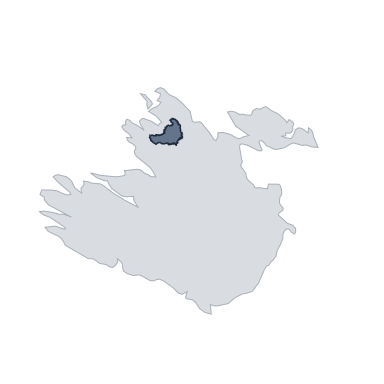 Castlebar Lea-7, Mayo, Ireland shown in context, rotated 43°
{"feature_id": "5873133B79217415432935", "entity_name": "Castlebar Lea-7", "entity_type": "district", "adm_level": 2, "iso_a3": "IRL", "parent_name": "Ireland", "parent_adm1": "Mayo", "projection": "robinson", "projection_center": [-9.299, 53.81], "detail": "fine", "context": "in_parent", "style": "filled", "palette": "slate", "viewbox_px": 384, "rotation_deg": 43, "n_neighbors": 0, "source": "geoboundaries", "source_scale": "gbopen_adm2", "svg_char_len": 8067}
<svg xmlns="http://www.w3.org/2000/svg" viewBox="0 0 384 384"><g transform="rotate(43 192 192)"><path d="M241.1,82.6L233.1,86.7L231.9,88.3L229.8,94.7L229.5,96.5L224.6,103.6L221.8,105.1L217.6,106.3L215.2,107.4L212.2,106.8L208.3,106.9L206.5,108.2L206.6,109.2L207.7,110.3L214.8,113.6L214.4,114.9L212.4,116.5L199.8,120.3L196.0,122.6L194.7,124.2L196.1,126.7L206.3,134.4L208.0,135.3L209.5,139.7L218.5,141.6L222.2,144.4L225.3,145.1L232.2,144.8L234.9,145.9L236.5,145.1L237.4,143.6L245.0,138.2L242.5,134.1L250.2,127.1L252.3,127.2L256.0,129.3L259.0,132.3L260.0,136.2L262.9,139.8L264.7,141.0L269.6,141.7L270.8,143.1L270.0,148.3L270.8,150.0L283.3,149.8L288.3,147.6L292.6,148.0L294.8,150.3L295.8,152.7L292.1,153.6L288.2,153.1L286.3,154.6L286.2,157.6L287.6,161.5L290.3,164.2L292.5,170.4L294.4,177.2L297.1,181.4L297.8,186.5L297.4,189.0L298.0,193.6L296.9,195.2L297.9,199.4L302.7,213.1L303.8,223.8L301.6,227.9L298.7,231.7L296.8,236.2L295.3,241.1L294.6,248.9L288.2,258.1L285.4,260.4L282.2,261.8L289.4,268.3L283.6,271.2L277.3,272.1L270.3,270.4L265.9,270.6L260.4,274.0L259.1,273.4L256.4,268.1L254.6,273.6L250.5,275.3L243.6,274.9L232.1,276.4L227.6,277.9L225.8,280.4L224.5,283.2L222.7,284.8L220.6,285.7L211.7,287.8L210.0,288.6L205.9,293.2L200.4,295.8L195.9,296.6L191.9,293.9L190.3,292.3L188.4,291.5L182.3,291.7L184.2,292.5L185.5,294.3L186.1,297.9L185.4,301.4L182.4,303.2L178.8,303.5L173.1,307.2L165.6,308.1L161.5,311.5L136.5,317.2L135.1,317.2L131.6,315.8L127.9,315.1L124.2,315.6L113.7,318.8L108.6,318.1L115.1,310.3L123.8,306.3L124.7,305.2L121.9,304.7L105.4,307.4L99.6,309.8L93.9,310.5L96.6,306.9L104.0,302.0L110.4,298.7L113.1,295.9L120.9,292.6L95.8,299.3L89.2,298.5L87.7,296.6L82.6,297.5L80.7,293.0L88.3,286.1L92.7,283.1L98.0,281.5L103.0,279.2L104.9,276.4L102.6,275.5L87.4,276.2L80.2,275.6L80.6,273.3L81.9,270.9L89.5,266.6L93.5,266.0L97.1,266.4L103.5,268.9L112.0,268.1L108.5,265.4L107.9,259.9L105.2,258.0L108.7,255.5L112.6,253.9L119.3,248.7L121.6,247.9L134.7,246.6L148.8,243.8L162.8,240.0L155.6,237.9L152.2,235.1L146.7,240.8L142.7,242.9L131.5,244.1L127.9,243.5L122.9,241.7L121.4,242.4L119.9,243.7L112.5,246.5L104.7,247.2L113.8,242.1L125.3,233.4L127.9,230.6L131.5,225.9L130.4,223.7L128.0,222.5L136.4,212.7L139.3,210.9L144.6,210.6L148.5,209.1L150.2,209.1L151.8,208.5L155.2,205.6L149.9,203.7L144.5,202.7L127.6,203.8L125.4,203.5L123.3,202.6L121.9,201.3L120.9,198.0L119.7,197.2L115.9,197.2L112.1,198.3L109.5,198.2L107.0,196.7L111.1,193.3L105.8,192.5L100.4,193.2L96.0,192.1L95.9,190.0L97.9,187.9L95.2,185.8L94.7,183.3L97.5,182.0L100.6,182.4L106.9,180.5L114.9,179.6L108.0,177.7L105.3,176.1L105.2,173.7L105.7,171.6L113.7,168.1L122.2,166.5L121.6,164.2L122.2,161.6L113.6,160.9L105.1,162.7L106.0,157.9L108.1,153.5L108.5,150.6L108.1,147.6L104.1,148.9L103.7,144.5L102.0,141.6L96.1,143.6L96.3,139.7L98.0,137.0L101.1,135.8L104.1,136.3L109.8,136.2L115.2,134.2L123.0,133.6L135.5,134.3L144.1,140.1L146.4,139.1L149.8,135.4L151.4,135.0L164.3,136.6L172.4,138.7L174.5,138.0L173.4,134.0L170.6,131.1L174.0,127.4L178.3,124.9L181.1,123.7L187.6,122.1L190.4,120.7L192.3,115.9L195.2,111.9L178.9,114.0L163.4,109.3L165.8,106.0L169.1,104.1L174.7,102.7L175.3,100.9L178.1,99.5L182.8,95.7L181.1,90.8L182.0,87.2L185.4,84.9L186.4,81.6L187.9,79.2L194.8,78.3L201.4,76.1L211.6,75.8L214.2,76.7L213.6,72.7L218.4,72.2L220.3,73.0L221.1,75.8L223.3,77.6L224.0,80.7L222.6,83.1L220.2,85.0L222.4,86.9L219.0,90.4L222.7,88.9L228.0,85.5L227.7,82.8L226.8,79.3L225.2,76.2L225.9,72.7L228.8,70.6L236.7,69.5L233.4,65.6L236.3,65.2L239.4,66.1L244.0,69.1L253.8,73.4L249.1,77.2L243.3,79.8L241.1,82.6ZM103.4,159.5L103.2,161.3L99.4,159.0L97.6,156.4L87.3,155.2L91.6,152.7L93.7,153.4L101.0,153.6L103.0,154.6L103.4,159.5Z" fill="#d9dde1" stroke="#a8b0b8" stroke-width="1"/><path d="M127.0,154.3L127.3,154.1L127.7,154.1L128.4,154.8L128.8,154.9L128.9,155.1L129.1,155.2L129.0,155.4L129.4,155.1L129.8,155.0L130.0,154.8L130.4,154.9L130.8,154.8L131.0,154.7L131.3,155.1L131.6,155.1L131.8,155.5L131.7,155.9L131.7,156.0L131.6,156.3L131.6,156.5L131.9,156.8L131.7,156.9L131.6,157.1L131.2,157.3L131.3,157.7L131.2,157.7L130.5,158.9L129.4,159.1L129.2,159.3L129.2,159.5L129.0,159.9L128.9,160.0L129.0,160.5L128.8,160.6L128.9,160.8L128.7,161.2L128.6,161.5L128.9,161.6L129.0,161.7L129.1,161.8L129.1,162.0L129.1,162.3L129.0,162.5L129.1,163.0L128.9,163.1L129.2,163.2L129.2,163.3L129.4,163.4L129.5,163.6L129.2,163.6L129.2,163.8L129.3,164.1L129.5,164.1L129.4,164.3L129.6,164.5L129.4,164.8L129.4,165.1L129.6,165.4L129.5,165.5L130.1,165.6L130.4,165.9L130.2,166.1L130.1,166.4L130.3,166.5L130.6,166.6L130.6,166.9L130.4,167.0L130.6,167.1L130.7,167.4L130.9,167.7L131.3,167.5L131.7,167.4L131.8,167.5L131.4,167.9L131.2,168.0L131.3,168.1L131.2,168.2L131.4,168.4L131.4,168.5L131.4,169.2L131.2,169.3L131.0,169.5L130.9,169.8L130.7,169.9L130.6,170.2L130.8,170.2L130.9,170.3L131.0,170.5L130.7,171.0L130.4,171.1L130.1,171.5L130.2,171.9L129.8,172.2L129.7,172.5L129.4,172.6L129.5,172.8L129.3,172.9L129.4,173.0L129.2,173.4L128.8,173.5L128.3,173.3L128.2,173.5L127.2,174.2L127.2,174.4L126.8,174.4L126.7,174.6L127.2,175.0L126.7,175.4L126.8,175.6L127.0,175.8L126.2,176.3L125.6,176.8L125.6,177.0L125.3,177.1L124.8,177.1L124.1,177.5L123.6,178.2L123.5,178.6L122.8,179.1L123.2,179.2L123.3,179.4L123.3,179.6L123.2,179.8L123.4,180.1L123.4,180.3L123.6,180.5L123.7,180.8L123.8,180.9L123.8,181.1L124.1,181.1L124.3,181.1L125.0,181.2L125.1,181.4L125.5,181.3L125.6,181.5L125.8,181.6L126.3,181.8L126.3,182.0L126.6,182.0L126.8,182.2L127.1,182.1L127.1,182.4L129.3,182.2L129.7,182.3L130.0,182.3L130.5,182.2L130.8,182.0L133.2,181.6L133.2,180.1L134.3,178.1L134.7,177.6L137.1,177.2L137.4,176.9L137.6,176.8L137.9,176.6L137.9,176.3L138.1,176.2L138.7,175.9L140.5,173.1L140.7,172.9L140.8,172.8L141.0,172.7L141.6,172.6L141.7,172.8L141.9,173.2L142.0,173.2L142.0,173.3L142.3,173.4L142.5,173.3L142.4,173.2L142.5,173.0L142.4,172.9L142.4,172.6L142.7,172.6L142.8,172.5L142.8,172.4L143.0,172.2L143.2,171.6L143.4,171.4L143.6,171.3L143.8,171.5L143.9,171.8L144.3,171.3L144.5,170.9L144.5,170.7L144.5,170.3L144.5,170.2L144.9,170.2L145.0,170.1L145.1,169.8L144.8,169.5L144.8,169.4L145.0,169.2L145.3,169.2L145.3,169.4L145.6,169.4L145.5,169.1L145.5,168.7L145.5,168.4L145.5,168.2L145.8,168.0L146.2,168.2L146.7,168.6L146.8,168.6L146.8,168.3L147.4,168.2L147.6,168.1L147.8,168.3L148.0,168.4L148.1,168.6L148.3,168.5L148.5,168.4L148.2,168.1L147.9,167.8L147.9,167.4L147.8,167.2L147.9,166.9L147.9,166.6L147.8,166.3L147.7,166.2L147.6,165.8L147.7,165.7L147.4,165.7L147.0,165.8L146.8,165.5L146.9,165.2L146.9,164.6L146.7,164.4L146.7,164.0L146.6,163.8L146.6,163.6L146.4,163.4L146.5,163.1L146.4,163.0L146.4,162.9L146.5,162.9L146.4,162.9L146.5,162.9L146.5,162.6L146.4,162.6L146.4,162.4L146.4,162.2L146.7,162.0L146.8,162.1L146.8,162.4L147.0,162.5L147.3,162.3L147.2,161.8L147.0,161.7L146.9,161.6L146.7,161.5L146.8,161.3L146.7,161.2L146.8,161.1L146.7,161.1L146.7,160.9L146.7,160.7L146.3,160.5L146.4,160.1L146.6,160.2L146.8,160.1L147.0,160.0L147.1,160.4L147.2,160.5L147.5,160.4L147.7,160.2L147.8,160.1L147.6,160.0L147.6,159.8L147.7,159.6L147.2,159.3L147.2,159.2L147.4,159.0L147.4,158.9L147.7,158.7L147.4,158.5L147.4,158.4L147.1,158.3L147.1,158.0L147.0,157.9L146.8,157.7L146.5,157.8L146.1,157.9L145.5,157.8L145.4,157.4L145.3,157.1L145.1,156.7L144.9,156.7L144.8,156.4L145.1,156.2L144.8,156.1L144.6,155.9L144.6,156.0L144.4,156.0L144.2,156.0L142.7,155.7L141.8,155.2L141.7,154.6L141.2,154.2L140.2,153.7L138.1,151.3L136.8,151.1L136.4,151.3L136.3,151.6L136.4,151.8L136.1,152.0L135.6,151.9L135.5,151.7L135.7,151.2L135.3,151.0L135.2,150.9L134.9,150.8L134.6,150.8L134.4,150.7L134.3,150.8L134.1,150.8L133.9,151.0L133.8,150.8L133.7,150.3L133.4,150.3L133.1,150.2L133.0,150.3L132.8,150.4L132.6,150.5L132.3,150.7L131.9,150.2L131.5,150.3L131.3,150.3L131.1,150.5L130.9,150.4L130.6,150.5L130.4,150.5L130.4,150.4L130.2,150.3L129.9,150.5L129.4,150.9L129.1,150.9L129.0,151.0L128.9,151.1L128.8,150.9L128.6,150.9L128.4,151.0L128.6,151.5L128.4,151.6L128.2,151.7L127.9,151.6L127.6,151.7L127.7,151.8L127.5,152.1L127.5,152.3L127.6,152.8L127.6,153.0L127.4,153.4L127.1,153.2L127.0,153.3L127.1,153.8L127.0,154.0L127.0,154.3Z" fill="#64748b" stroke="#1e293b" stroke-width="1.5"/></g></svg>